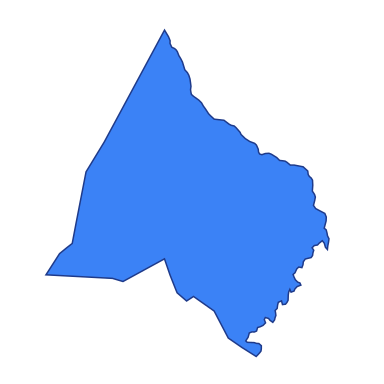 São João da Serra, Piauí, Brazil, rotated 94°
{"feature_id": "56859067B35115025171603", "entity_name": "São João da Serra", "entity_type": "district", "adm_level": 2, "iso_a3": "BRA", "parent_name": "Brazil", "parent_adm1": "Piauí", "projection": "albers", "projection_center": [-41.863, -5.546], "detail": "fine", "context": "isolated", "style": "filled", "palette": "blue", "viewbox_px": 384, "rotation_deg": 94, "n_neighbors": 0, "source": "geoboundaries", "source_scale": "gbopen_adm2", "svg_char_len": 2162}
<svg xmlns="http://www.w3.org/2000/svg" viewBox="0 0 384 384"><g transform="rotate(94 192 192)"><path d="M32.4,230.7L126.3,273.1L148.4,283.1L179.3,299.1L229.8,305.3L251.7,307.9L256.2,312.9L262.7,319.8L284.8,331.9L283.7,265.3L286.1,254.6L267.9,226.2L260.6,214.8L276.4,208.1L290.8,201.2L293.6,199.8L301.1,189.8L296.1,183.2L309.2,161.6L335.2,145.6L343.7,131.2L351.6,116.5L349.6,114.8L347.7,113.3L345.9,112.1L343.6,111.9L340.5,112.1L338.5,114.7L338.5,117.3L337.9,119.4L338.0,122.7L338.1,126.4L336.8,128.0L333.0,125.9L328.6,125.0L327.4,122.5L327.3,120.0L326.2,117.9L322.6,117.1L321.6,114.4L320.1,111.8L317.4,109.5L314.2,111.0L312.1,110.1L312.8,106.8L314.6,105.2L316.4,102.3L313.8,100.7L311.7,100.4L309.3,99.7L306.7,100.2L304.4,100.8L302.2,98.9L298.7,98.7L296.0,98.2L294.4,95.1L298.0,93.9L297.4,90.9L295.6,89.6L293.3,88.6L290.6,88.7L288.0,88.8L285.2,88.6L282.3,87.6L285.0,86.2L283.7,83.3L281.6,82.6L279.0,80.5L277.3,76.9L275.2,78.0L274.5,80.3L272.3,82.8L269.5,84.4L267.2,85.4L265.4,83.6L263.2,82.8L261.2,82.0L259.4,80.2L259.8,77.1L256.8,76.2L253.9,76.1L251.0,74.4L250.0,71.5L249.1,68.6L247.0,67.3L244.2,67.1L241.6,66.5L239.3,68.3L236.9,66.3L236.1,63.1L234.1,61.5L231.5,58.6L233.8,56.5L237.9,55.0L239.9,52.9L236.5,52.8L232.4,52.3L229.1,52.1L226.2,53.8L223.7,54.4L220.4,55.5L218.9,57.6L215.2,56.9L211.5,56.2L207.6,56.3L204.1,58.0L201.7,63.5L199.9,67.5L196.9,69.9L192.0,69.0L188.4,68.6L185.9,69.6L182.7,72.0L176.8,72.0L171.8,72.6L169.8,74.0L168.3,76.0L166.5,77.3L163.0,78.0L159.1,82.9L158.0,92.1L158.3,95.8L155.7,99.4L154.7,101.3L154.5,104.2L154.4,106.8L151.7,109.9L148.8,115.4L148.0,117.9L148.5,121.6L149.9,124.9L149.4,127.2L147.5,128.4L144.7,128.9L140.7,131.0L139.1,132.9L137.6,137.9L135.0,142.6L131.2,147.1L129.1,148.2L124.7,152.6L123.2,154.5L122.7,157.6L121.7,159.8L118.2,165.1L117.8,174.9L114.6,178.9L112.8,180.9L108.7,184.0L105.3,186.8L102.4,188.7L99.8,191.7L96.5,197.1L94.7,199.4L92.4,200.1L90.0,200.6L86.7,200.4L83.1,201.1L79.4,201.9L75.8,203.3L73.3,204.9L70.6,207.7L66.4,209.3L63.0,210.6L59.7,212.6L56.9,214.6L53.1,216.4L51.4,217.7L50.1,219.4L49.0,222.3L45.3,224.3L42.6,224.4L38.7,226.3L32.4,230.7Z" fill="#3b82f6" stroke="#1e3a8a" stroke-width="1.5"/></g></svg>